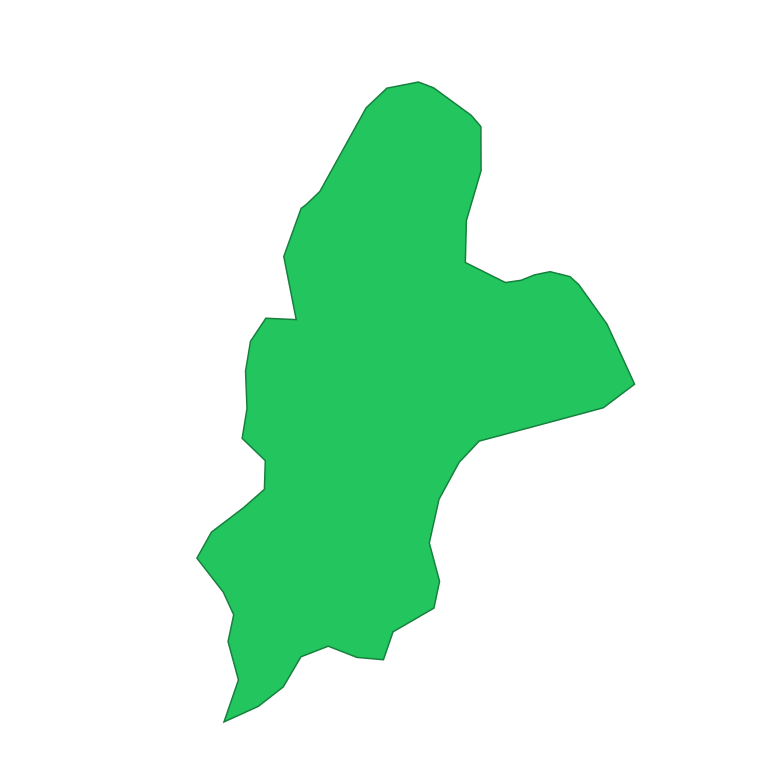 Peć, orthographic projection, rotated 75°
{"feature_id": "KOS-5886", "entity_name": "Peć", "entity_type": "District", "adm_level": 1, "iso_a3": "XKX", "parent_name": "Kosovo", "parent_adm1": "", "projection": "orthographic", "projection_center": [20.272, 42.674], "detail": "fine", "context": "isolated", "style": "filled", "palette": "green", "viewbox_px": 768, "rotation_deg": 75, "n_neighbors": 0, "source": "natural_earth", "source_scale": "10m", "svg_char_len": 841}
<svg xmlns="http://www.w3.org/2000/svg" viewBox="0 0 768 768"><g transform="rotate(75 384 384)"><path d="M287.7,274.0L317.4,240.5L319.3,224.8L317.5,210.0L318.5,194.5L328.4,176.6L338.5,170.1L384.0,153.1L449.0,142.0L463.7,178.2L463.8,219.7L463.8,265.3L463.8,306.8L479.1,331.7L509.6,360.7L549.3,381.4L589.0,381.4L613.4,393.8L625.7,439.4L650.2,455.9L641.1,480.9L622.8,505.8L626.0,534.8L650.5,559.7L662.8,588.7L669.0,626.0L632.2,601.2L592.5,601.3L568.0,588.9L543.5,593.1L503.8,609.8L482.4,589.0L467.1,551.7L454.8,526.8L427.3,518.5L399.8,535.1L372.3,522.7L335.7,514.4L308.2,501.9L289.9,481.1L299.1,452.1L234.9,447.8L192.9,418.6L190.6,412.8L181.4,396.1L113.5,330.6L112.5,329.6L99.0,304.6L101.2,272.6L110.9,259.3L135.9,239.2L147.1,230.2L160.5,223.8L203.0,235.0L247.4,262.1L287.7,274.0Z" fill="#22c55e" stroke="#15803d" stroke-width="1.5"/></g></svg>